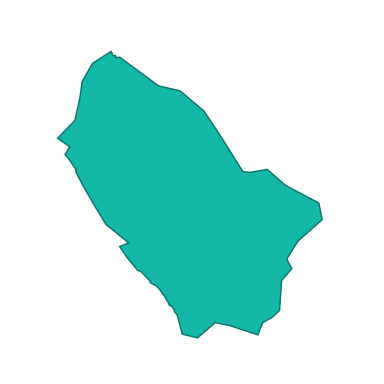 outline of Gurvanbulag, Bulgan, Mongolia, rotated 171°
{"feature_id": "93677404B1659658679068", "entity_name": "Gurvanbulag", "entity_type": "district", "adm_level": 2, "iso_a3": "MNG", "parent_name": "Mongolia", "parent_adm1": "Bulgan", "projection": "albers", "projection_center": [103.52, 47.744], "detail": "fine", "context": "isolated", "style": "filled", "palette": "teal", "viewbox_px": 384, "rotation_deg": 171, "n_neighbors": 0, "source": "geoboundaries", "source_scale": "gbopen_adm2", "svg_char_len": 1715}
<svg xmlns="http://www.w3.org/2000/svg" viewBox="0 0 384 384"><g transform="rotate(171 192 192)"><path d="M272.0,149.4L266.3,137.3L257.8,123.0L256.1,122.3L254.8,121.4L248.8,112.8L247.7,111.1L247.8,110.7L247.7,110.3L247.2,109.3L246.5,108.2L242.7,105.5L240.5,103.0L238.6,99.5L237.8,97.8L237.5,96.9L237.0,96.0L236.4,95.2L235.7,94.2L234.8,91.6L234.3,90.1L233.9,89.3L233.8,88.9L233.7,88.6L233.5,88.0L233.3,87.8L233.1,87.5L233.0,87.2L232.7,86.0L232.4,85.2L232.2,84.0L231.6,83.5L230.9,83.1L230.2,82.5L229.9,82.2L229.4,81.3L229.1,80.5L228.9,80.1L228.8,79.6L228.7,79.2L228.4,78.9L227.8,77.7L227.9,77.3L227.9,76.5L227.7,75.9L227.3,75.2L227.0,74.9L226.6,74.4L226.3,74.0L225.9,73.4L223.8,53.1L214.7,49.3L209.3,47.1L189.5,59.4L175.5,54.1L149.3,40.6L142.6,51.9L132.3,55.8L124.0,61.4L117.4,90.5L105.5,100.6L108.9,111.0L99.1,122.3L94.9,127.0L67.7,144.4L68.5,161.3L98.5,183.8L102.6,188.7L106.5,193.4L114.1,202.5L131.6,202.3L138.5,204.1L155.0,242.7L167.6,270.2L172.9,276.3L178.3,282.5L187.8,293.6L208.5,302.1L242.3,336.4L243.2,336.4L245.8,336.5L246.0,336.7L246.2,336.9L246.3,337.2L246.3,337.4L246.2,337.6L246.0,337.9L245.9,338.0L246.0,338.2L246.4,338.4L246.6,338.7L246.9,338.8L247.1,339.0L247.3,339.0L247.5,338.9L247.8,338.7L247.9,338.8L248.0,338.9L248.2,339.1L248.4,339.2L248.7,339.4L248.9,339.5L249.0,339.6L249.2,339.8L249.2,340.4L249.2,340.8L249.3,341.3L249.3,342.0L249.4,342.3L249.6,342.4L249.9,342.2L250.1,342.2L250.3,342.3L250.3,342.7L250.3,343.0L250.2,343.4L270.1,334.6L283.1,318.5L287.6,303.7L296.4,281.0L316.3,266.1L305.7,255.8L311.6,248.7L309.1,245.0L305.9,238.2L303.3,233.2L303.3,229.1L298.4,214.5L298.3,214.3L290.0,192.9L282.0,173.4L262.5,151.6L272.0,149.4Z" fill="#14b8a6" stroke="#0f766e" stroke-width="1.5"/></g></svg>